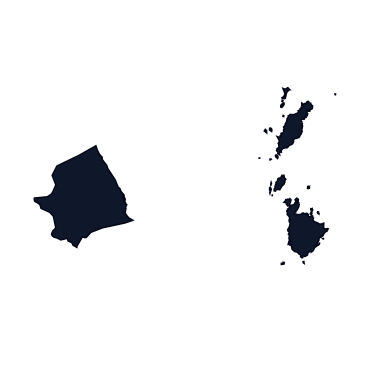 the district of Al Khukhah, Al Hudaydah, Yemen, rotated 171°
{"feature_id": "15242507B44327302396722", "entity_name": "Al Khukhah", "entity_type": "district", "adm_level": 2, "iso_a3": "YEM", "parent_name": "Yemen", "parent_adm1": "Al Hudaydah", "projection": "orthographic", "projection_center": [42.797, 13.833], "detail": "fine", "context": "isolated", "style": "filled", "palette": "ink", "viewbox_px": 384, "rotation_deg": 171, "n_neighbors": 0, "source": "geoboundaries", "source_scale": "gbopen_adm2", "svg_char_len": 5890}
<svg xmlns="http://www.w3.org/2000/svg" viewBox="0 0 384 384"><g transform="rotate(171 192 192)"><path d="M343.7,199.5L335.7,194.2L332.7,189.6L332.2,178.8L332.6,177.3L335.2,175.7L336.5,173.9L337.3,172.5L336.8,170.4L335.4,169.0L332.6,167.8L329.1,165.2L322.9,165.7L322.2,164.8L322.1,163.0L318.5,160.7L317.9,158.1L314.4,155.3L314.0,156.7L307.2,164.9L305.1,163.7L303.5,163.7L298.1,168.0L286.1,170.6L263.0,171.9L254.8,173.3L258.6,176.4L260.8,180.2L261.2,182.1L259.8,186.2L260.0,187.1L258.4,189.8L259.4,190.8L259.5,192.2L260.9,194.3L260.9,196.4L261.6,198.7L261.2,199.3L260.4,198.9L260.8,196.7L259.6,196.2L260.2,194.0L259.6,194.3L259.9,193.2L259.1,195.3L259.8,198.1L259.6,199.7L262.1,203.8L262.5,206.3L264.3,208.6L265.9,215.8L271.4,228.1L272.1,231.8L275.1,237.2L275.6,239.0L275.3,240.4L277.6,243.9L279.0,248.4L279.7,252.7L297.6,246.0L321.4,238.8L327.5,230.3L325.4,220.3L329.9,213.3L331.9,211.5L335.8,209.9L348.6,210.7L349.1,209.0L348.7,207.3L345.3,204.6L344.0,202.7L343.7,199.5ZM94.8,111.0L93.6,109.7L92.8,110.0L92.3,111.5L91.6,111.6L90.6,110.6L87.9,111.6L87.0,113.7L85.1,114.8L83.4,114.6L83.5,114.0L82.6,114.5L81.6,115.0L79.6,117.8L77.0,119.3L75.3,119.8L74.2,120.8L73.8,122.2L74.6,120.6L77.3,120.2L74.0,124.8L74.2,125.8L72.9,127.1L71.4,127.2L69.3,128.4L68.7,129.6L66.1,132.1L65.0,132.0L63.2,134.3L63.7,134.7L65.7,134.5L67.7,135.7L66.7,140.6L67.2,140.7L68.0,139.7L68.7,140.3L70.0,140.1L71.9,140.8L72.6,141.8L76.1,143.8L76.9,145.7L76.1,147.2L76.7,147.4L76.5,149.3L77.7,150.5L77.7,149.4L80.4,149.2L81.1,149.5L80.6,151.3L81.8,151.7L81.3,152.4L81.9,153.1L84.5,152.9L85.5,153.9L86.0,153.0L86.7,153.6L87.8,152.9L90.1,153.0L94.2,154.2L93.3,156.0L92.4,156.1L92.1,157.4L91.0,157.8L89.1,160.3L88.1,162.8L88.5,163.3L88.2,164.3L89.0,164.2L89.1,164.6L88.0,168.1L89.5,169.6L91.4,168.3L91.3,167.7L90.6,167.4L90.9,166.8L89.9,166.9L89.9,166.1L91.9,165.3L93.3,163.5L96.4,163.3L97.6,163.7L97.5,164.5L95.4,168.7L96.3,170.1L96.7,169.5L98.9,170.0L99.9,169.3L100.6,169.8L101.2,168.6L102.8,167.5L100.8,166.6L100.6,164.8L99.8,164.2L99.7,163.3L98.2,163.6L97.8,162.7L98.8,160.8L100.2,160.2L100.0,159.8L101.4,158.4L101.0,156.9L101.5,154.9L99.7,152.2L99.9,150.0L99.6,149.7L100.5,149.2L100.6,147.4L99.8,146.0L101.2,142.5L103.5,139.6L103.3,138.4L102.8,138.3L102.4,137.1L102.6,135.9L103.4,135.3L102.6,134.0L103.6,130.6L102.6,128.9L103.2,127.9L103.9,128.3L105.2,125.2L102.9,125.1L103.3,124.5L102.7,124.6L102.4,123.0L101.8,122.3L102.2,121.9L102.0,119.6L99.9,117.1L97.8,116.3L96.6,115.0L96.4,115.2L96.2,114.2L94.7,113.0L94.8,111.0ZM101.3,216.7L99.6,215.0L99.6,217.8L97.5,217.3L97.4,218.9L95.6,220.8L93.0,221.1L91.3,220.7L89.6,221.8L89.0,223.0L88.6,222.8L87.7,223.4L87.2,223.0L84.8,224.0L84.5,225.0L83.8,225.7L83.5,227.9L81.5,228.8L80.1,228.5L79.3,229.2L78.0,229.0L77.3,229.6L77.4,230.1L76.9,230.1L76.9,230.6L74.9,232.4L74.3,234.1L73.6,234.5L74.0,235.8L72.4,240.0L72.7,241.1L72.3,242.2L72.9,243.2L72.4,244.0L73.2,245.2L73.0,245.7L71.8,246.9L70.3,246.3L70.0,247.1L69.6,246.8L69.5,247.6L67.6,247.9L67.6,249.0L66.3,249.2L65.4,251.2L66.3,253.0L65.7,254.4L64.4,253.5L63.2,253.4L62.8,253.6L63.0,254.7L60.6,255.2L59.8,256.3L59.4,258.2L60.8,259.9L60.8,261.1L62.3,261.7L62.7,263.2L63.6,263.3L64.0,262.6L64.7,262.9L65.5,261.5L66.9,261.8L68.2,260.8L69.3,261.5L68.9,262.0L69.7,262.7L69.9,261.9L69.4,261.5L70.1,260.5L69.5,258.9L70.8,258.8L71.2,257.8L72.3,257.2L72.0,256.5L72.3,256.2L74.4,255.7L74.3,254.8L75.2,253.5L79.5,252.5L83.0,253.3L84.3,252.2L85.1,252.2L85.2,250.9L86.7,249.6L86.6,248.5L87.3,248.1L87.3,247.1L89.4,244.5L89.4,243.4L91.5,241.9L91.0,240.2L92.0,238.9L91.9,237.1L93.5,235.9L94.6,236.2L95.0,235.9L94.9,234.5L96.1,233.7L95.6,233.0L97.1,232.4L99.3,233.5L97.9,229.5L98.0,227.9L99.1,226.8L98.7,226.5L99.1,226.1L98.6,225.5L99.1,224.8L98.7,223.4L99.8,222.3L99.9,221.4L100.6,221.8L101.6,221.2L101.4,220.4L102.1,219.5L100.7,217.8L101.3,216.7ZM110.7,180.3L109.4,179.8L108.8,180.8L107.5,181.2L104.9,180.5L102.5,183.5L100.0,185.2L98.7,187.2L98.4,188.9L97.3,189.9L98.4,191.3L98.6,194.2L99.7,193.9L100.1,193.2L100.3,193.8L100.9,193.5L100.9,193.9L102.5,191.8L103.5,192.2L105.1,191.7L106.1,189.2L107.6,188.4L107.5,186.9L108.3,186.6L108.2,185.6L109.0,184.9L109.3,183.2L110.4,182.0L110.7,180.3ZM88.3,270.2L85.7,269.7L85.2,269.9L83.0,275.4L81.3,277.0L80.5,277.1L80.2,277.8L79.3,277.7L81.1,280.1L83.8,278.9L86.0,280.1L84.9,275.3L85.4,273.1L86.0,272.6L85.6,272.4L86.4,271.7L88.4,271.2L88.3,270.2ZM90.2,261.5L89.1,262.0L87.3,264.2L87.2,265.5L88.0,265.8L90.7,263.8L91.1,262.0L90.2,261.5ZM102.3,211.7L101.6,212.6L101.7,214.5L102.6,215.4L103.5,215.4L104.0,214.8L103.8,213.6L102.3,211.7ZM104.8,243.1L105.6,242.3L105.7,241.0L103.9,239.3L103.4,240.5L103.6,242.2L104.8,243.1ZM78.4,151.4L77.5,151.3L77.0,151.7L76.7,153.8L75.6,155.3L75.9,156.6L76.6,155.7L77.3,156.0L76.8,157.6L77.5,156.5L76.9,154.1L78.6,152.1L78.4,151.4ZM111.1,241.0L109.0,238.7L108.7,241.3L109.7,241.7L109.9,242.3L111.1,241.0ZM114.8,183.7L115.1,181.9L114.6,180.6L115.3,179.4L115.2,178.4L113.2,182.5L113.9,183.9L113.6,185.0L114.8,183.7ZM93.3,105.8L93.2,104.6L92.4,103.9L92.4,105.9L93.3,105.8ZM70.1,150.3L69.7,151.7L70.1,151.2L70.8,151.5L71.1,152.3L70.6,152.7L71.0,152.8L71.3,152.1L71.2,151.5L70.1,150.3ZM76.7,177.1L75.5,177.3L75.2,178.0L75.3,178.8L75.7,177.6L77.2,178.1L77.4,177.6L76.7,177.1ZM88.7,268.4L89.0,267.4L88.2,267.2L87.8,268.1L88.7,268.4ZM115.1,106.4L113.5,106.4L114.6,107.2L114.8,108.2L115.1,106.4ZM113.1,107.5L112.0,107.3L111.8,107.9L113.1,108.3L113.1,107.5ZM90.0,253.4L90.4,252.6L89.6,252.2L89.4,253.1L90.0,253.4ZM112.3,189.1L112.8,187.9L113.3,185.8L112.1,188.2L112.3,189.1ZM109.6,211.5L108.6,212.0L108.9,212.3L109.6,211.8L109.4,212.8L110.0,212.0L109.6,211.5ZM68.9,125.5L70.2,125.5L69.8,125.0L68.9,125.5ZM35.4,266.5L35.4,265.7L35.1,265.6L34.9,266.4L35.4,266.5ZM121.0,214.6L120.4,214.9L119.2,214.7L120.2,215.2L121.0,214.6ZM113.2,176.5L113.6,175.2L112.8,177.0L113.2,176.5ZM76.7,179.5L77.2,179.0L76.1,179.4L76.7,179.5Z" fill="#0f172a" stroke="#020617" stroke-width="1.5"/></g></svg>